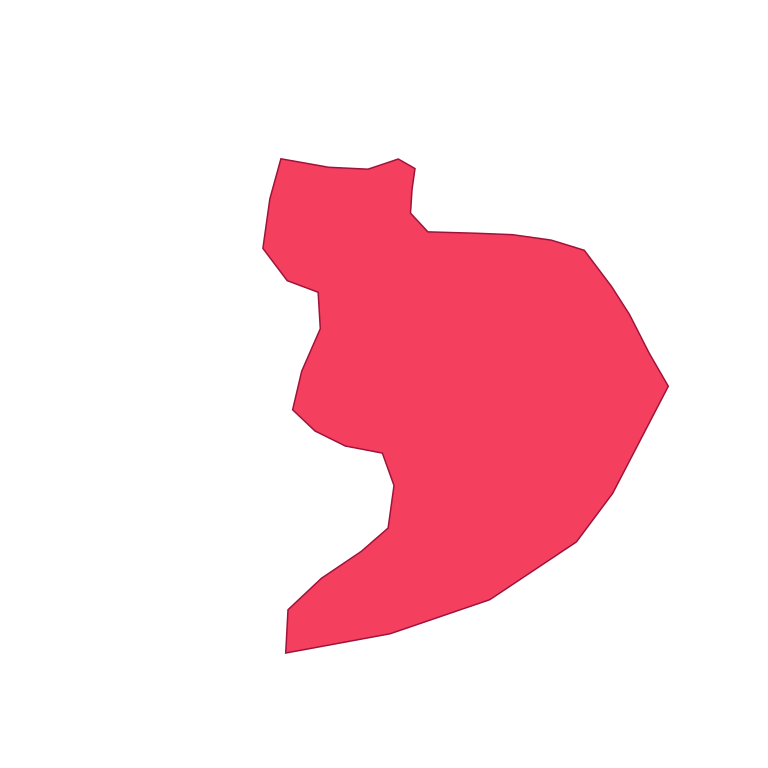 North West, Albers equal-area conic projection, rotated 143°
{"feature_id": "SGP-4873", "entity_name": "North West", "entity_type": "state/province", "adm_level": 1, "iso_a3": "SGP", "parent_name": "Singapore", "parent_adm1": "", "projection": "albers", "projection_center": [103.808, 1.387], "detail": "fine", "context": "isolated", "style": "filled", "palette": "rose", "viewbox_px": 768, "rotation_deg": 143, "n_neighbors": 0, "source": "natural_earth", "source_scale": "10m", "svg_char_len": 615}
<svg xmlns="http://www.w3.org/2000/svg" viewBox="0 0 768 768"><g transform="rotate(143 384 384)"><path d="M158.3,211.1L267.1,159.1L325.3,142.1L429.3,148.1L529.5,180.9L624.4,228.3L596.5,261.5L550.9,266.5L502.8,264.0L467.4,266.5L437.1,296.9L426.9,329.8L452.2,357.7L467.4,388.0L472.5,418.4L442.1,443.7L401.6,466.5L381.4,496.9L399.1,524.7L399.1,565.2L363.7,600.6L330.8,625.9L297.9,590.5L267.5,565.2L237.2,555.1L229.6,537.4L244.8,522.2L260.0,504.5L257.4,479.1L219.5,448.8L191.6,426.0L163.8,398.2L143.6,370.3L143.6,324.8L146.1,291.9L153.7,248.8L158.3,211.1Z" fill="#f43f5e" stroke="#9f1239" stroke-width="1.5"/></g></svg>